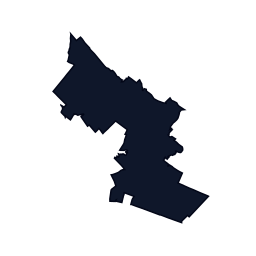 Targu Secuiesc, Covasna, Romania (orthographic projection), rotated 260°
{"feature_id": "2599482B4522820448133", "entity_name": "Targu Secuiesc", "entity_type": "district", "adm_level": 2, "iso_a3": "ROU", "parent_name": "Romania", "parent_adm1": "Covasna", "projection": "orthographic", "projection_center": [26.171, 46.007], "detail": "fine", "context": "isolated", "style": "filled", "palette": "ink", "viewbox_px": 256, "rotation_deg": 260, "n_neighbors": 0, "source": "geoboundaries", "source_scale": "gbopen_adm2", "svg_char_len": 5604}
<svg xmlns="http://www.w3.org/2000/svg" viewBox="0 0 256 256"><g transform="rotate(260 128 128)"><path d="M147.1,169.9L146.9,169.5L145.7,169.7L146.5,167.4L146.9,166.6L149.2,162.6L150.2,161.2L152.5,158.4L152.6,158.5L156.5,156.8L158.3,155.3L159.9,153.7L160.9,152.7L161.9,152.6L162.9,152.7L163.9,150.7L163.6,150.6L162.8,149.7L162.4,149.4L162.5,148.9L163.5,148.9L165.2,149.1L166.6,148.9L169.3,149.1L170.6,148.6L173.4,147.8L173.2,147.3L171.0,144.2L175.9,139.7L178.2,137.4L176.4,136.0L176.7,135.4L177.1,135.0L176.9,134.9L176.5,134.5L174.5,131.4L174.4,131.0L174.6,129.8L174.6,129.6L175.8,130.3L176.2,130.8L176.9,129.8L178.3,128.5L179.7,127.8L180.1,127.2L180.3,126.9L180.4,126.4L180.7,126.1L183.8,124.9L185.1,124.3L186.2,123.6L186.8,123.1L187.2,122.9L187.3,122.8L187.4,122.5L187.4,122.2L187.0,121.2L188.7,120.1L189.9,119.1L190.3,118.6L190.9,117.3L191.1,117.1L191.5,116.7L192.2,116.3L192.4,116.0L206.9,107.8L211.0,105.0L212.2,104.3L213.0,104.1L213.3,104.1L213.6,104.0L216.8,101.9L220.3,99.7L220.4,99.8L223.5,98.4L225.7,97.0L223.1,92.4L230.5,88.0L230.0,88.0L226.2,86.9L223.5,86.7L220.5,85.6L218.8,85.3L217.3,84.8L214.9,83.7L215.1,83.6L214.6,83.4L213.9,83.1L213.1,82.4L212.6,82.3L211.7,82.4L210.8,82.8L210.2,82.9L209.7,82.7L205.8,81.1L205.1,80.8L204.1,80.1L203.4,80.8L202.8,81.4L200.7,84.8L200.2,85.5L199.3,86.2L196.6,83.2L194.2,80.5L191.6,77.4L188.7,74.2L177.0,60.6L174.0,62.8L171.4,64.5L161.6,71.4L160.2,69.3L159.6,68.7L160.4,67.9L162.0,66.0L161.7,66.0L161.1,66.6L159.9,67.0L158.6,67.0L157.3,66.5L156.1,65.5L155.5,65.1L155.0,65.1L154.8,65.0L150.4,68.0L149.4,68.1L149.8,68.4L150.5,68.6L146.0,72.7L147.6,74.2L151.4,77.4L150.6,77.9L150.6,78.0L150.8,78.6L150.7,79.1L150.5,79.4L150.2,79.7L150.0,80.1L149.6,80.3L149.3,80.9L149.3,81.2L149.5,81.7L149.6,82.1L149.3,83.6L149.6,85.5L149.4,86.1L149.5,86.6L149.4,86.7L149.2,86.8L148.9,86.5L148.5,86.0L148.3,85.8L148.4,85.6L148.1,85.0L147.3,83.7L136.8,88.5L137.7,90.3L129.6,95.1L130.2,96.1L132.6,99.3L130.6,100.5L128.7,101.3L126.9,102.3L128.0,103.7L130.8,108.1L132.2,109.9L134.6,113.5L137.1,117.0L126.5,127.0L124.1,125.4L122.3,124.0L121.6,125.3L119.6,124.2L117.2,122.8L114.5,121.8L113.5,121.3L112.2,120.2L107.6,116.0L107.3,116.8L107.0,118.5L106.6,120.3L106.6,120.5L106.8,120.9L107.0,121.4L106.9,121.9L106.7,121.9L106.6,122.2L106.6,122.7L106.4,122.9L106.2,123.1L106.2,123.4L106.1,123.5L105.8,123.6L105.3,123.2L105.0,122.8L104.9,122.3L105.0,121.9L105.0,121.7L104.7,121.6L104.4,121.8L104.8,122.2L104.8,122.4L104.7,122.6L104.5,122.8L104.0,123.2L103.7,123.2L103.5,122.9L103.5,122.6L103.6,122.2L103.0,122.1L102.4,121.9L101.8,121.7L101.6,121.5L101.5,121.1L101.8,120.3L102.2,120.2L102.6,119.6L103.0,119.4L103.2,119.2L103.0,118.6L103.0,118.3L103.1,118.0L103.5,117.7L103.1,117.2L103.0,116.5L103.1,116.3L103.5,116.1L103.4,115.8L103.4,114.9L103.9,114.5L104.2,114.3L104.3,114.1L104.1,114.1L103.6,114.5L103.4,114.5L103.1,114.3L102.8,114.4L102.7,114.5L102.0,114.3L101.4,114.2L101.2,114.0L100.9,113.6L101.2,113.2L101.8,113.0L101.9,112.8L102.0,112.5L102.2,112.4L102.3,112.2L102.2,112.1L101.6,112.1L101.1,112.0L100.8,111.8L100.7,111.6L100.6,111.3L100.8,110.9L100.9,110.7L101.2,110.5L101.4,109.9L101.0,109.7L100.6,109.4L92.2,115.1L90.8,115.9L90.5,116.2L90.4,116.2L87.7,117.5L87.8,116.7L87.8,115.4L87.6,114.3L87.3,113.4L86.7,112.4L86.3,111.6L86.0,110.9L85.8,110.3L85.2,107.4L84.8,104.8L84.8,104.1L84.8,103.3L77.9,105.3L73.0,106.0L71.6,103.4L70.6,101.4L70.2,100.9L69.8,100.6L68.3,100.1L61.9,98.0L60.6,97.7L59.0,97.5L57.9,102.7L58.3,103.0L58.8,103.1L59.1,103.5L59.2,103.8L58.9,103.6L58.5,103.7L58.1,103.6L57.9,103.7L55.7,109.0L59.7,110.7L60.1,110.9L60.2,111.0L61.2,111.3L61.7,111.6L62.5,112.0L62.8,112.2L63.0,112.4L63.2,112.5L63.5,112.4L64.3,112.9L64.8,112.8L65.0,113.0L59.9,121.7L59.6,122.1L57.5,120.2L57.0,119.8L53.9,118.3L52.3,117.6L52.3,117.8L49.3,122.9L47.2,126.7L36.8,144.4L36.8,144.7L36.8,144.9L35.7,146.8L32.4,152.3L25.5,164.4L26.6,164.6L27.1,164.9L31.6,171.5L29.9,172.8L46.8,195.4L47.2,194.9L51.7,187.8L55.8,181.7L58.1,178.0L65.1,167.7L69.2,170.4L74.2,173.7L76.2,171.0L78.1,168.8L81.1,165.6L82.2,164.9L84.2,162.7L83.8,161.9L83.4,160.7L83.8,160.6L84.5,162.2L87.3,159.8L87.2,159.6L89.3,158.0L90.1,157.3L90.8,158.1L91.3,158.4L92.0,158.7L92.4,158.9L92.8,159.6L92.2,159.8L91.1,160.3L91.2,160.9L90.6,161.3L90.8,161.5L91.4,162.1L92.3,163.3L93.1,162.6L93.2,162.9L93.3,163.2L93.4,163.8L93.6,164.9L94.0,165.5L93.7,166.6L93.4,166.9L93.4,167.1L93.6,167.4L93.6,168.0L94.2,168.5L94.4,168.8L94.1,168.9L93.8,169.1L93.8,169.4L94.1,169.7L94.9,170.6L95.3,170.9L95.9,170.9L97.0,170.8L97.1,171.1L97.0,171.4L96.3,171.6L96.1,171.8L96.0,172.1L96.1,172.6L96.0,172.9L95.6,173.3L95.3,173.8L94.8,175.0L94.7,175.6L94.8,175.8L95.2,176.5L95.5,176.8L96.5,177.8L96.7,178.0L97.0,178.1L98.7,178.3L100.0,178.1L103.8,174.3L103.9,174.5L105.6,173.3L107.8,171.1L108.3,171.9L109.0,172.9L112.0,169.7L111.9,168.8L111.8,168.2L111.7,167.6L114.1,166.4L114.1,166.6L114.6,167.3L115.3,167.4L115.7,167.5L116.6,168.4L117.0,168.8L117.2,169.3L117.6,169.6L117.8,170.1L118.0,170.3L118.2,170.7L118.3,170.8L118.3,170.5L118.4,170.4L118.6,170.3L118.8,170.4L118.9,170.6L119.2,170.9L119.7,170.9L119.9,170.9L120.0,170.9L120.1,170.7L119.6,169.8L119.8,169.5L119.7,169.3L120.0,169.5L120.0,169.4L120.6,169.7L121.1,169.7L122.3,170.3L122.7,170.7L123.1,171.3L123.6,171.6L124.2,172.4L124.9,173.1L125.5,173.9L125.9,174.9L126.3,175.4L127.4,177.1L128.1,177.9L128.9,178.7L129.4,179.1L129.6,179.1L131.3,180.1L133.0,180.9L134.1,181.3L134.5,181.1L136.5,183.6L136.3,186.7L139.3,183.4L141.1,181.6L141.8,181.2L144.3,180.3L144.8,179.7L146.5,177.5L147.4,175.9L147.9,175.6L150.3,174.6L148.8,172.3L147.1,169.9Z" fill="#0f172a" stroke="#020617" stroke-width="1.5"/></g></svg>